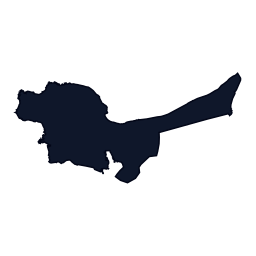 Vigie, Castries, Saint Lucia (Albers equal-area conic projection)
{"feature_id": "8701671B50549026935963", "entity_name": "Vigie", "entity_type": "district", "adm_level": 2, "iso_a3": "LCA", "parent_name": "Saint Lucia", "parent_adm1": "Castries", "projection": "albers", "projection_center": [-60.999, 14.02], "detail": "fine", "context": "isolated", "style": "filled", "palette": "ink", "viewbox_px": 256, "rotation_deg": 0, "n_neighbors": 0, "source": "geoboundaries", "source_scale": "gbopen_adm2", "svg_char_len": 5592}
<svg xmlns="http://www.w3.org/2000/svg" viewBox="0 0 256 256"><path d="M237.6,73.3L235.3,75.4L234.1,75.8L232.7,76.5L230.1,78.3L228.8,79.4L227.4,81.1L223.4,84.2L221.4,85.5L218.8,88.7L217.6,89.6L215.2,90.7L210.0,93.9L206.9,95.4L197.9,98.4L196.3,99.1L193.4,100.6L192.6,100.7L191.6,101.5L190.9,101.7L188.1,103.2L187.2,104.0L168.2,114.2L164.2,115.6L161.2,116.5L157.0,117.0L146.8,119.0L139.8,119.8L138.5,119.6L138.0,120.1L136.6,120.0L134.9,120.8L134.3,120.7L132.6,121.2L131.0,121.3L127.2,122.1L126.0,122.6L125.7,123.2L125.5,123.3L124.5,123.6L123.9,123.6L123.0,123.9L122.2,124.0L121.4,123.9L120.0,124.1L118.4,123.6L117.1,123.4L113.7,122.3L112.0,122.1L109.6,121.2L109.2,120.8L108.4,120.4L106.8,118.9L105.2,116.5L104.9,115.6L104.8,114.6L105.1,114.0L105.7,113.6L107.0,113.2L107.4,112.9L107.5,112.5L107.0,111.6L106.6,110.3L106.9,109.5L106.9,107.9L107.1,107.3L106.2,106.0L105.7,105.5L104.2,104.7L103.1,103.7L102.1,103.3L99.5,98.2L99.4,96.7L98.0,95.3L96.3,94.4L93.2,90.7L90.8,88.8L88.4,87.2L85.9,86.8L83.5,86.0L78.8,85.0L77.8,84.7L75.4,84.4L74.0,84.0L73.1,83.9L71.4,84.3L71.1,84.2L70.8,83.7L69.7,83.1L69.3,83.2L68.3,83.8L66.9,84.1L66.5,83.4L66.2,83.7L65.6,84.0L65.5,83.1L65.0,83.3L64.5,83.3L64.5,84.0L64.7,84.3L64.4,84.6L63.4,84.8L62.3,84.1L62.2,84.2L63.0,84.8L60.7,85.4L59.8,85.4L59.4,85.0L59.4,84.3L58.8,83.9L58.5,84.0L58.8,84.8L58.2,85.0L57.7,84.5L57.7,83.8L57.3,83.5L57.4,84.1L57.1,83.9L57.1,84.1L56.9,84.2L56.3,83.5L55.9,83.3L55.7,82.7L54.7,81.9L54.7,81.5L54.3,82.3L54.7,82.8L54.7,83.2L53.8,83.2L53.3,83.0L51.9,83.1L51.5,82.7L50.8,83.0L50.4,82.6L50.5,82.9L50.2,82.8L49.8,83.1L49.5,82.9L49.8,82.4L49.4,82.1L49.0,82.1L48.8,82.5L48.9,83.7L48.6,83.8L48.3,83.7L48.5,84.6L47.6,84.9L47.6,85.3L47.0,85.4L46.6,86.3L46.6,87.1L45.9,87.5L46.1,87.8L46.3,87.7L46.3,88.0L45.9,88.2L46.0,89.2L45.8,89.4L45.7,89.8L45.1,90.5L43.3,92.0L42.3,91.8L42.3,92.2L42.7,92.3L42.8,92.2L42.8,92.3L41.5,93.4L39.4,94.5L38.7,94.6L34.1,93.7L33.7,93.3L33.9,92.7L33.5,92.2L33.3,92.2L33.3,92.4L33.5,92.9L33.4,93.0L32.2,92.3L30.5,92.1L29.9,91.7L29.4,91.8L29.0,91.5L27.6,91.3L27.2,91.4L26.4,92.5L26.2,92.4L26.0,92.0L25.5,92.2L25.7,93.3L25.1,93.0L24.7,93.3L24.1,93.0L23.7,91.6L23.3,90.9L22.9,90.9L22.2,91.4L21.5,91.2L21.2,90.9L21.3,90.5L21.8,90.2L21.7,90.0L20.2,90.7L20.0,91.1L20.4,92.1L20.2,92.8L19.7,93.0L19.3,92.7L19.3,93.3L18.4,94.7L19.0,94.9L18.8,95.5L20.1,95.2L20.0,95.4L19.5,95.9L19.6,96.0L19.4,96.4L18.6,96.7L18.0,98.3L18.3,98.7L18.9,98.7L19.1,98.5L19.4,98.7L19.2,99.6L19.7,100.0L19.7,100.3L20.0,100.7L19.8,101.1L20.0,103.6L19.3,104.6L18.8,106.2L17.9,108.4L17.0,109.8L16.4,109.8L16.4,110.0L16.9,110.7L16.8,111.4L16.7,111.6L16.3,111.7L16.2,112.3L15.4,112.5L16.7,113.2L16.7,113.6L17.3,114.5L17.9,115.8L18.3,116.1L18.5,116.8L18.9,117.1L18.9,117.6L19.3,118.1L19.6,118.3L20.2,118.4L20.8,118.1L21.3,118.9L21.4,119.1L22.1,118.9L22.6,120.0L23.1,120.3L25.0,120.6L26.6,120.0L28.5,119.8L30.4,120.3L32.5,120.7L33.6,121.4L34.6,121.6L35.3,121.6L35.4,121.2L35.9,121.0L36.9,121.2L38.3,121.9L40.5,122.2L42.0,123.2L43.4,126.6L44.1,127.7L44.6,129.4L44.7,129.6L44.4,129.7L44.5,130.1L44.8,130.2L44.8,131.7L44.1,131.7L43.8,132.1L44.6,132.7L44.8,133.1L45.4,133.6L45.6,134.2L45.3,134.7L44.7,134.9L44.3,135.3L43.4,134.8L42.8,135.4L42.7,135.8L43.2,136.9L42.5,137.7L42.5,137.9L43.1,138.5L43.8,138.6L43.8,138.9L43.3,139.8L43.0,139.9L41.9,139.5L41.2,139.6L40.9,139.0L40.5,140.4L39.9,140.2L40.4,139.8L40.3,139.5L39.9,139.6L38.3,141.8L38.6,142.2L39.1,141.4L39.3,141.9L40.0,141.4L40.3,142.2L39.9,142.7L39.5,142.9L39.6,142.4L39.2,142.6L39.0,142.3L38.8,142.7L39.3,143.1L39.7,143.2L40.7,142.2L40.6,142.8L40.3,143.2L40.4,143.3L41.0,142.4L41.4,142.5L42.3,142.1L42.5,142.2L42.6,142.6L43.5,142.4L44.0,141.6L44.3,141.5L44.9,142.4L45.8,142.6L46.0,143.0L46.5,143.0L46.9,143.5L47.8,143.7L48.2,144.4L48.1,144.9L49.4,145.0L49.7,145.6L50.4,145.3L50.4,146.0L49.1,146.5L48.6,146.1L48.1,145.4L47.7,145.4L47.5,145.6L47.7,147.1L49.1,151.9L48.9,152.8L48.9,153.9L48.5,155.2L49.4,156.3L49.5,157.0L49.0,157.4L49.9,160.4L48.9,161.6L49.8,162.5L51.0,162.9L55.8,162.2L56.3,162.5L57.9,161.5L58.3,161.8L59.2,161.9L61.2,163.4L61.8,163.0L63.5,162.5L65.6,160.8L66.6,160.3L69.6,159.9L70.8,160.6L72.1,162.0L74.9,164.2L76.8,164.6L77.1,165.0L77.3,165.0L77.8,164.5L86.1,166.0L93.6,167.6L94.0,168.0L94.4,168.9L94.7,169.4L100.4,171.7L100.9,171.1L102.7,172.3L102.9,173.4L103.2,173.4L103.0,172.3L101.1,171.0L102.1,171.3L102.4,170.5L102.5,169.9L101.4,169.5L101.7,168.8L104.1,168.5L106.4,169.0L107.3,168.4L108.2,168.9L108.5,168.5L107.5,167.8L107.9,166.4L107.7,166.2L107.9,164.8L108.7,163.1L108.6,161.7L108.4,160.9L107.7,159.9L106.7,160.1L106.7,160.4L105.9,160.1L105.8,158.0L106.7,157.9L106.9,158.5L107.2,158.5L106.9,157.7L105.8,157.8L105.6,154.8L106.1,154.7L105.9,153.9L105.6,153.9L105.6,152.8L104.5,152.8L104.4,152.3L106.2,152.1L105.7,152.0L105.6,150.7L109.8,150.6L110.4,151.9L109.7,152.2L110.5,152.1L113.2,157.6L112.1,158.3L113.3,157.7L113.9,159.0L113.3,159.2L113.4,159.4L114.0,159.1L114.4,159.8L114.2,159.9L114.6,160.5L114.2,161.9L114.7,162.1L115.1,160.7L115.9,161.0L117.1,161.1L117.3,161.7L117.8,161.3L121.2,162.1L121.6,162.4L122.6,163.9L123.6,167.2L119.9,170.8L117.1,174.2L115.5,176.6L120.5,180.3L127.5,182.7L135.4,178.3L139.5,172.5L138.9,167.4L140.9,164.4L149.3,156.5L156.5,155.6L157.6,151.5L159.0,143.8L159.2,137.3L159.0,132.5L207.5,119.0L227.8,113.8L228.0,113.5L228.4,114.1L229.3,114.7L229.6,115.5L231.1,114.3L231.7,113.4L231.9,112.2L230.7,111.1L231.8,110.6L231.0,109.3L230.8,108.5L231.0,108.4L230.9,108.3L230.7,106.5L230.9,104.4L232.5,98.6L234.8,93.8L235.0,93.0L234.3,91.9L235.5,91.1L236.4,89.7L240.5,80.3L240.6,78.9L240.5,78.1L237.6,73.3Z" fill="#0f172a" stroke="#020617" stroke-width="1.5"/></svg>